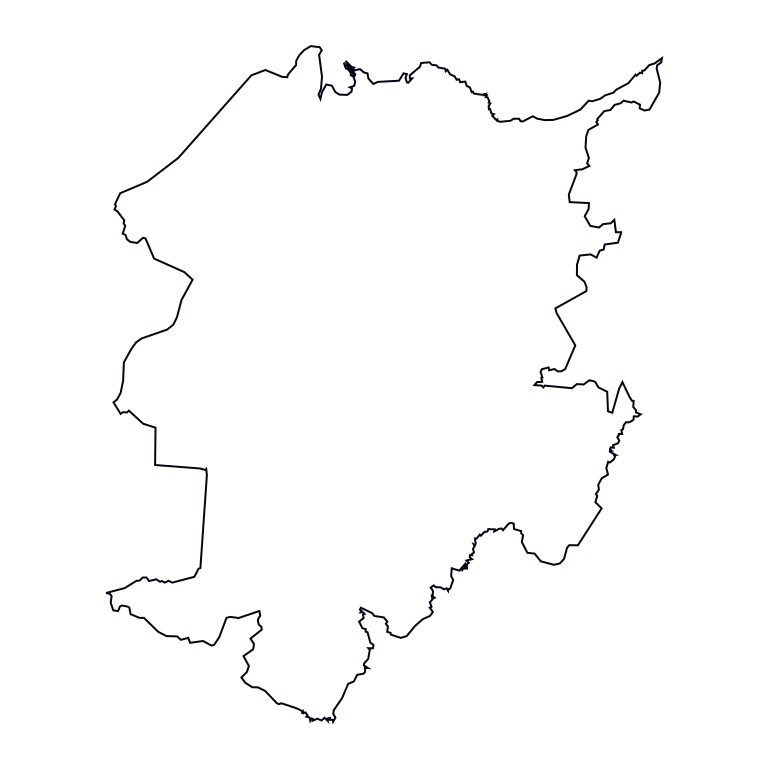 the district of Mahates, Bolívar, Colombia
{"feature_id": "7082276B15071329852388", "entity_name": "Mahates", "entity_type": "district", "adm_level": 2, "iso_a3": "COL", "parent_name": "Colombia", "parent_adm1": "Bolívar", "projection": "orthographic", "projection_center": [-75.154, 10.168], "detail": "fine", "context": "isolated", "style": "outline", "palette": "ink", "viewbox_px": 768, "rotation_deg": 0, "n_neighbors": 0, "source": "geoboundaries", "source_scale": "gbopen_adm2", "svg_char_len": 6025}
<svg xmlns="http://www.w3.org/2000/svg" viewBox="0 0 768 768"><path d="M106.1,593.0L109.9,593.8L111.6,596.1L110.7,602.8L113.3,610.3L118.1,611.1L119.8,606.7L121.7,605.5L127.7,606.6L129.3,607.6L130.6,614.2L139.6,617.9L144.0,617.9L158.3,631.9L166.5,636.1L177.2,636.4L180.9,639.8L188.3,637.9L190.1,642.8L203.0,641.0L211.5,645.6L214.2,644.8L219.3,637.1L226.5,617.8L230.3,616.9L238.7,618.0L259.4,611.0L260.2,615.7L257.9,619.5L258.1,621.7L258.8,624.7L261.4,626.7L261.7,629.7L250.5,638.6L253.9,643.8L253.5,647.6L253.0,649.4L243.5,656.1L248.9,666.0L246.9,672.0L241.4,677.5L245.3,682.8L252.2,687.2L258.1,687.4L265.2,691.0L276.8,703.2L278.9,704.2L281.5,703.3L295.8,708.0L302.2,711.0L302.1,713.7L303.1,711.7L303.5,713.2L305.4,712.4L307.5,715.1L306.3,716.7L309.5,717.4L310.3,720.9L311.8,718.4L313.2,719.2L312.9,720.6L317.4,718.7L321.6,720.5L324.5,717.8L327.5,720.7L326.9,718.7L329.9,718.0L329.4,719.8L332.5,719.8L333.1,721.9L335.4,717.7L333.2,713.6L333.8,710.2L342.2,697.9L348.1,683.9L353.9,681.4L357.2,674.8L363.4,673.7L365.1,672.0L364.9,668.0L368.1,668.1L364.0,665.5L364.0,663.5L368.2,658.9L369.8,649.9L368.4,648.2L372.9,648.3L373.5,644.9L370.4,642.8L367.5,632.2L365.6,631.6L365.8,629.2L362.4,628.2L359.1,621.6L363.6,618.1L363.0,614.8L364.6,614.0L363.1,612.4L360.5,612.4L361.6,610.9L359.9,609.6L360.9,607.7L372.2,613.2L374.4,616.0L383.8,617.4L387.3,621.6L385.9,623.7L387.9,626.5L387.2,631.8L390.6,632.9L390.9,634.6L400.8,637.9L406.7,636.1L415.0,626.0L422.7,619.2L430.0,615.9L432.9,612.0L429.8,607.7L431.5,606.8L429.9,602.2L432.4,599.5L432.0,596.7L433.5,598.3L434.6,597.7L432.7,596.5L432.9,590.8L430.7,587.6L433.7,585.4L435.8,587.2L440.5,587.3L444.0,589.3L446.5,588.3L448.1,590.9L448.4,589.1L450.2,588.6L453.2,580.0L451.2,576.2L451.7,568.3L459.5,570.7L460.8,569.0L462.2,570.2L463.3,568.1L461.9,567.6L465.0,564.1L464.8,568.5L467.0,568.5L466.8,564.3L468.8,562.8L466.5,560.5L472.0,559.2L469.8,557.3L469.9,555.1L472.2,555.2L472.0,553.9L474.0,552.5L473.0,548.8L474.5,546.3L473.7,544.4L474.9,545.2L475.7,543.7L474.9,538.5L476.6,538.5L479.8,534.6L480.9,535.7L484.3,532.0L487.4,531.5L488.3,529.1L494.8,529.4L494.4,531.4L499.0,528.8L501.6,528.5L503.0,530.2L508.8,523.5L511.1,522.8L513.7,523.6L514.0,529.0L521.2,531.1L521.1,533.2L523.1,535.3L521.8,541.9L527.4,552.8L534.6,553.6L540.8,561.3L553.9,564.8L559.9,563.4L564.1,558.8L567.0,547.9L569.3,545.2L577.9,545.3L601.6,508.4L595.4,502.2L597.2,496.0L596.0,494.0L598.9,489.5L598.2,484.8L601.7,478.3L608.0,474.6L606.3,468.0L608.2,461.8L609.9,462.5L613.8,459.4L615.1,456.3L614.1,455.0L615.6,454.9L609.8,451.7L610.0,450.3L611.4,450.5L610.0,449.1L610.7,447.4L613.8,447.7L613.0,445.2L617.9,443.3L619.3,440.7L617.3,437.1L619.3,434.5L618.1,433.8L622.2,434.0L621.3,430.1L623.0,429.3L623.7,425.3L626.0,422.2L629.4,422.3L633.5,419.8L633.8,416.3L637.6,416.6L640.7,414.3L636.0,412.4L636.1,410.5L633.3,407.0L633.6,400.9L632.0,400.8L629.7,397.3L622.4,382.1L619.1,388.8L612.3,412.7L608.0,411.3L607.2,391.8L598.5,387.4L595.2,381.9L593.2,381.1L589.4,380.3L583.6,384.5L576.8,384.1L572.0,388.2L544.6,385.6L543.4,387.4L541.6,385.6L534.5,385.1L537.0,382.1L542.2,381.8L541.4,377.7L542.4,377.5L540.6,372.0L541.8,369.2L548.6,367.5L549.2,370.3L554.4,369.0L557.6,371.3L561.2,371.3L565.2,369.1L575.3,345.4L556.5,312.9L555.4,308.4L586.3,291.1L586.6,287.2L584.5,281.8L576.9,275.2L577.0,264.8L579.6,255.6L590.6,254.4L596.6,257.7L599.7,250.6L603.6,249.6L604.7,244.5L617.9,242.7L620.8,233.9L621.1,232.2L615.9,232.2L614.3,219.8L610.7,223.3L603.2,224.1L599.0,227.5L590.3,225.9L584.7,216.2L588.6,209.1L589.0,203.1L569.7,202.1L568.8,194.6L576.2,175.0L576.7,172.6L574.9,170.2L582.3,169.3L589.3,166.0L587.1,163.3L588.9,158.0L585.5,147.6L586.2,136.4L588.4,129.9L598.0,124.5L596.3,122.0L597.8,120.1L597.2,119.1L604.3,111.1L610.4,110.0L614.6,104.9L620.5,103.3L623.6,100.7L631.5,102.5L633.7,101.5L640.0,104.7L639.7,108.4L644.6,110.5L649.5,109.6L659.2,92.6L660.2,82.5L656.6,68.3L657.3,65.2L661.2,62.4L661.9,58.2L654.7,63.4L649.4,65.0L644.3,70.5L642.3,70.7L642.1,73.1L639.8,72.7L636.6,75.8L635.6,74.6L628.5,83.1L616.4,89.6L613.4,92.7L605.2,95.3L600.3,98.8L592.0,101.3L588.7,100.7L580.2,109.7L567.1,116.0L553.3,119.9L544.8,120.1L537.3,118.7L532.8,116.3L522.7,121.5L520.5,121.2L519.2,118.8L513.7,118.7L510.5,120.8L500.2,121.8L497.1,120.8L497.3,119.3L495.8,119.6L492.3,115.8L493.9,114.2L491.4,113.4L490.1,109.1L488.9,109.3L488.7,105.9L490.4,103.4L488.7,102.6L489.3,101.0L487.6,97.4L485.8,97.0L486.8,95.2L484.7,95.2L485.6,93.9L481.7,94.8L473.8,93.5L472.9,91.7L471.8,92.2L469.8,87.3L466.7,86.0L465.3,81.6L460.2,82.2L459.0,79.2L456.6,79.8L454.7,76.4L450.1,74.3L447.4,69.8L445.7,71.2L445.2,68.7L438.3,67.5L436.6,65.4L431.8,64.8L429.5,62.3L421.2,63.0L419.8,66.9L409.8,75.3L409.9,78.5L412.2,78.4L408.3,82.7L406.9,82.4L405.5,77.7L406.9,74.1L403.5,73.4L399.0,80.7L377.9,81.9L373.4,84.0L368.4,78.5L367.5,73.4L364.0,72.5L360.0,69.1L354.3,70.4L352.9,68.9L354.1,67.6L351.7,67.0L345.6,60.9L355.3,74.5L354.4,76.3L351.5,70.7L343.8,62.8L345.8,68.3L348.2,69.4L350.8,72.9L350.8,75.2L353.4,76.5L355.2,81.9L354.2,85.8L349.9,87.3L352.0,88.3L351.5,91.7L347.3,94.9L339.3,94.6L335.3,92.0L331.9,85.7L326.3,84.5L322.0,92.1L320.4,98.9L318.5,94.7L321.0,88.7L322.0,76.8L319.1,54.8L321.8,50.3L319.7,47.2L310.8,46.1L304.0,50.2L299.2,55.4L296.2,60.8L296.1,65.1L288.3,74.1L287.2,77.2L282.3,76.9L265.4,70.0L251.4,75.3L178.4,157.8L147.3,181.7L120.2,193.2L115.0,204.2L116.0,206.2L114.5,209.5L117.3,211.2L124.3,220.4L123.6,223.4L125.3,225.8L122.7,233.6L125.6,235.1L126.9,239.2L130.4,241.9L137.2,243.0L143.0,237.8L145.5,238.4L154.1,258.6L184.3,272.1L192.6,279.7L181.5,300.0L177.0,317.1L173.4,324.6L167.1,329.6L141.7,338.4L136.2,342.3L131.5,348.7L123.9,362.3L123.1,380.9L120.6,393.0L116.9,399.7L113.5,402.3L120.6,413.9L122.9,412.2L127.1,412.4L128.9,410.6L143.1,423.7L155.5,427.7L155.1,465.0L200.3,468.5L205.5,470.0L206.2,469.1L206.9,475.0L200.4,568.0L198.4,568.9L194.4,576.8L172.3,582.6L168.6,580.8L164.7,582.6L162.0,581.0L160.0,581.8L156.3,579.3L149.0,581.0L146.5,577.5L142.7,577.5L139.7,580.5L136.3,580.9L124.7,588.1L106.1,593.0Z" fill="none" stroke="#020617" stroke-width="2"/></svg>